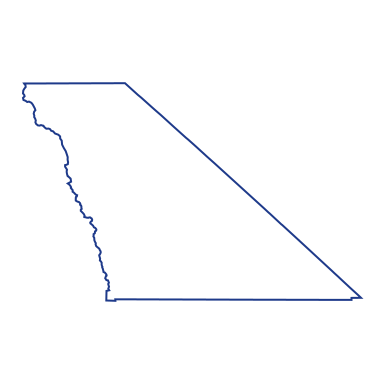 Inyo, California, United States of America
{"feature_id": "52423323B89293656609241", "entity_name": "Inyo", "entity_type": "district", "adm_level": 2, "iso_a3": "USA", "parent_name": "United States of America", "parent_adm1": "California", "projection": "robinson", "projection_center": [-118.035, 36.626], "detail": "fine", "context": "isolated", "style": "outline", "palette": "blue", "viewbox_px": 384, "rotation_deg": 0, "n_neighbors": 0, "source": "geoboundaries", "source_scale": "gbopen_adm2", "svg_char_len": 2500}
<svg xmlns="http://www.w3.org/2000/svg" viewBox="0 0 384 384"><path d="M361.0,297.8L358.7,295.6L356.5,293.6L349.8,287.5L339.4,277.8L338.7,277.1L334.3,273.1L332.2,271.1L312.5,252.9L312.2,252.6L295.5,237.2L282.0,224.8L281.5,224.5L269.8,213.6L268.4,212.4L264.0,208.3L214.4,163.2L207.3,156.9L200.3,150.5L196.7,147.2L188.2,139.6L185.9,137.7L174.1,127.1L160.7,114.9L156.3,111.1L152.0,107.3L141.3,97.7L137.9,94.9L125.0,83.2L24.1,83.5L24.5,84.1L25.4,85.0L25.7,87.0L24.4,88.6L23.3,90.5L23.0,93.4L24.3,95.1L24.6,96.3L23.0,97.9L23.5,100.0L25.6,100.8L27.2,102.0L29.0,101.6L31.4,102.8L32.8,104.6L33.8,106.5L34.8,108.4L35.4,110.2L34.2,111.6L33.7,113.7L34.3,115.6L34.2,117.1L35.1,118.5L35.8,120.5L35.4,122.3L36.1,123.9L37.9,125.4L39.7,125.6L40.9,125.1L41.9,125.3L42.9,125.8L43.3,125.7L43.8,126.2L44.0,126.7L44.9,127.6L46.3,128.7L48.7,128.6L50.1,129.2L51.1,130.7L53.2,131.4L55.0,133.5L58.3,134.7L60.1,136.4L60.2,138.6L61.7,140.6L61.9,142.5L62.1,144.6L63.8,148.0L65.7,151.1L66.8,154.3L67.7,157.1L67.6,159.5L67.8,160.9L68.1,162.2L67.8,164.2L66.1,164.9L65.1,165.1L65.1,166.7L65.8,167.8L66.6,169.0L67.0,169.8L66.7,170.9L66.7,172.2L67.0,173.9L67.4,175.4L67.7,176.2L68.2,176.3L68.4,176.6L70.6,178.6L71.1,181.7L67.8,183.5L69.3,184.6L70.4,185.9L71.1,187.3L71.0,187.5L70.8,187.9L71.3,188.6L71.8,189.1L72.7,190.2L72.6,191.7L73.9,192.6L75.0,193.8L76.2,194.9L77.1,195.2L76.8,196.5L76.0,196.9L75.7,198.1L75.9,198.9L75.7,199.7L75.8,200.6L77.4,201.6L78.9,202.0L80.0,203.1L80.3,203.9L80.1,204.6L80.5,205.3L81.1,205.5L81.4,206.6L81.4,207.8L81.7,208.9L80.8,209.7L80.8,210.9L81.7,211.8L82.9,213.0L84.0,214.3L84.6,215.8L84.3,216.5L84.3,217.1L85.2,217.2L86.9,217.7L88.3,217.8L89.2,217.4L90.4,217.5L90.8,218.0L91.7,218.5L92.2,219.9L91.8,221.1L90.8,221.6L90.2,222.8L90.5,223.5L91.8,224.5L93.1,225.7L93.9,227.3L95.2,227.9L96.2,229.1L96.4,229.9L95.9,230.9L95.0,231.4L94.8,233.3L93.6,234.1L93.6,235.5L93.4,236.5L94.2,237.7L94.4,240.4L95.0,241.8L95.8,243.2L95.6,244.3L96.2,246.1L97.2,247.0L98.2,247.8L99.2,248.6L99.9,250.2L100.6,251.3L100.7,252.6L100.1,254.0L99.2,255.2L99.5,256.5L100.1,258.5L99.9,260.5L100.9,261.4L101.7,262.8L101.6,264.2L101.9,265.8L102.4,266.7L102.2,267.5L102.8,268.6L102.9,269.3L103.3,270.6L103.5,272.0L104.9,272.6L106.4,274.5L106.6,275.7L106.3,276.0L106.0,276.0L105.2,278.2L106.4,280.1L108.0,280.4L108.9,282.7L108.2,284.0L109.0,286.7L108.3,288.7L109.2,290.3L106.5,290.9L106.3,300.5L115.4,300.8L115.3,299.3L146.7,299.4L252.7,299.7L351.5,299.9L351.5,297.9L361.0,297.8Z" fill="none" stroke="#1e3a8a" stroke-width="2"/></svg>